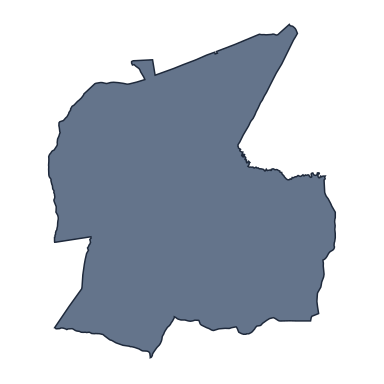 Madarjac, Iasi, Romania (orthographic projection), rotated 178°
{"feature_id": "2599482B56251778080144", "entity_name": "Madarjac", "entity_type": "district", "adm_level": 2, "iso_a3": "ROU", "parent_name": "Romania", "parent_adm1": "Iasi", "projection": "orthographic", "projection_center": [27.286, 47.051], "detail": "fine", "context": "isolated", "style": "filled", "palette": "slate", "viewbox_px": 384, "rotation_deg": 178, "n_neighbors": 0, "source": "geoboundaries", "source_scale": "gbopen_adm2", "svg_char_len": 5886}
<svg xmlns="http://www.w3.org/2000/svg" viewBox="0 0 384 384"><g transform="rotate(178 192 192)"><path d="M334.0,61.2L333.6,61.1L332.9,60.2L332.3,60.0L328.9,60.1L327.7,60.7L325.6,60.5L323.1,59.6L321.9,58.9L320.7,59.5L316.4,59.6L314.6,58.5L313.5,57.7L312.0,57.1L309.3,56.6L307.6,55.7L305.0,55.5L303.7,55.6L302.0,55.2L300.8,55.4L299.3,55.4L297.2,54.1L294.5,53.8L293.4,53.9L289.3,53.6L286.0,52.7L285.6,52.4L284.2,51.1L280.0,47.7L279.0,47.0L277.4,46.5L273.2,43.9L266.3,41.2L260.1,40.1L259.1,39.6L257.6,39.5L254.8,38.7L250.4,37.0L247.8,35.3L246.7,34.9L243.0,34.6L241.5,34.2L240.5,33.5L239.8,32.3L239.4,28.4L239.5,27.9L238.7,28.1L238.2,28.6L237.4,29.9L237.1,31.5L235.7,33.6L232.5,37.8L230.0,40.2L229.0,41.6L227.7,44.3L227.2,46.1L226.8,48.4L226.2,49.6L225.4,50.7L224.3,53.2L223.2,54.9L221.3,57.6L219.3,59.2L218.2,60.5L217.1,62.4L216.4,63.1L215.4,64.7L214.0,67.2L214.0,67.9L212.7,67.2L211.0,65.8L210.2,65.4L207.5,64.5L203.4,64.3L200.3,63.3L198.0,62.9L195.7,63.2L193.6,63.8L189.8,63.5L189.4,62.9L188.5,60.1L188.2,59.6L187.3,58.7L182.1,55.9L179.7,54.9L177.3,53.4L175.8,52.9L175.0,52.9L169.9,54.3L163.6,54.6L159.5,54.3L157.2,55.0L152.7,55.7L152.2,55.2L151.4,53.7L150.8,51.9L150.1,50.2L147.4,48.7L145.4,48.0L142.9,48.0L142.4,48.4L140.2,48.3L137.7,49.5L136.6,50.3L134.1,53.0L133.6,53.9L132.2,55.5L131.5,55.8L128.8,56.1L128.1,56.3L127.3,56.9L126.2,58.2L121.7,61.2L118.9,62.8L115.1,63.6L113.8,63.0L110.0,60.4L108.6,60.0L98.6,59.9L92.0,59.5L78.0,59.0L77.3,62.1L76.6,63.6L69.7,66.1L69.7,66.3L70.5,72.6L70.9,77.1L71.0,78.3L70.4,84.2L70.2,86.1L69.9,87.0L66.6,92.4L66.1,94.5L65.5,97.5L63.4,102.5L62.9,105.3L63.3,111.8L63.4,113.3L63.2,116.4L63.4,117.7L63.5,119.4L61.8,120.2L60.4,121.5L59.3,123.0L57.6,125.9L56.1,127.5L53.2,129.1L52.1,130.3L51.5,132.1L51.8,132.9L51.9,133.7L51.6,136.2L51.1,137.6L50.4,141.4L50.3,145.6L50.6,149.8L50.3,151.5L50.1,153.4L50.3,155.3L50.5,157.3L50.2,159.6L49.7,161.3L49.5,166.8L52.8,173.0L53.8,175.6L56.1,180.4L58.0,183.1L58.9,185.3L59.4,187.0L59.6,199.4L58.9,199.9L58.5,200.6L58.5,201.0L58.9,202.0L58.7,202.7L58.3,203.3L60.8,203.3L61.9,202.6L62.5,202.7L62.8,203.5L63.0,203.5L63.7,201.9L64.5,201.7L65.3,202.5L65.5,203.0L65.5,205.4L64.3,205.6L64.1,206.0L64.3,206.6L65.2,206.8L66.0,206.7L66.5,204.9L67.3,204.4L68.0,204.3L69.2,204.6L69.9,205.2L70.6,206.8L71.3,206.7L72.1,206.3L72.3,205.1L71.8,203.0L72.3,202.6L73.0,202.5L74.1,203.6L74.6,204.8L75.4,205.1L77.3,204.7L78.2,205.1L78.8,204.5L79.6,204.2L80.5,205.3L82.2,204.1L82.8,203.8L83.9,204.0L85.4,204.8L87.1,203.6L88.4,203.6L90.2,202.7L91.4,203.0L91.8,201.9L92.1,201.5L92.4,201.3L93.4,201.7L93.6,201.2L94.9,200.8L95.6,200.9L96.2,201.0L97.3,201.8L99.2,204.0L99.5,204.8L101.4,206.9L101.7,208.4L102.5,208.4L103.1,208.7L103.4,208.9L103.5,209.9L104.9,210.5L106.0,211.3L106.9,211.5L108.3,211.3L109.6,212.2L110.2,212.3L111.0,212.2L112.0,211.8L111.9,211.0L112.1,210.8L112.5,210.8L113.5,211.3L114.4,211.0L115.3,211.1L116.0,210.8L116.3,211.1L117.0,212.2L117.7,211.0L118.0,210.6L118.4,210.5L118.8,210.7L119.5,211.9L120.1,212.2L121.9,212.7L124.0,212.9L125.0,213.8L126.2,213.7L127.1,214.6L128.9,213.8L129.8,214.2L130.2,214.8L131.8,214.7L132.6,214.9L133.6,214.8L134.2,215.0L135.2,215.7L134.0,217.3L133.9,218.3L134.0,218.7L133.1,219.4L134.4,220.8L135.8,219.3L136.3,219.3L136.5,219.7L136.5,220.4L136.7,220.7L136.4,222.0L137.1,222.6L137.5,222.4L137.9,222.7L137.9,223.0L137.2,223.8L137.1,224.4L137.4,225.0L138.2,225.5L139.4,225.3L139.8,225.3L140.1,225.7L140.0,226.2L139.4,226.8L138.3,227.0L138.1,227.4L138.4,227.7L139.6,228.0L140.5,226.5L141.0,226.5L141.1,226.8L139.8,230.1L141.3,230.4L142.6,231.4L142.8,231.7L142.8,232.1L142.4,232.6L142.0,232.8L142.1,233.1L143.1,233.6L144.0,234.3L144.1,235.4L144.5,235.9L144.3,237.8L142.5,240.3L138.8,247.2L133.1,256.1L131.5,259.3L130.6,260.8L128.4,263.4L126.5,266.8L125.1,269.9L122.9,273.8L120.5,278.7L118.5,281.4L116.5,285.2L114.1,288.9L110.4,295.7L103.7,307.8L97.9,316.7L85.2,340.4L83.3,343.2L81.1,346.8L82.4,350.4L83.1,351.7L83.9,352.6L85.6,354.1L87.9,354.7L88.3,355.0L88.9,356.1L98.4,348.2L100.7,346.2L102.3,345.9L104.4,346.8L105.5,347.0L106.3,346.9L106.6,346.7L112.6,346.5L114.5,346.8L116.9,346.8L119.2,347.3L145.0,337.6L162.6,331.6L161.8,329.8L164.0,329.2L164.5,330.9L172.6,328.3L184.2,323.7L196.3,319.6L206.2,316.0L224.8,310.0L226.8,325.5L246.2,325.2L247.8,324.5L247.9,323.0L247.1,321.0L245.4,321.3L243.9,319.8L240.6,317.2L239.8,315.8L239.1,313.8L236.2,308.6L235.2,306.0L243.3,303.8L250.9,302.2L253.0,302.0L256.5,302.9L262.1,303.9L266.5,304.4L269.3,304.3L272.8,303.5L273.8,303.4L278.0,304.5L279.7,304.6L284.2,304.0L285.3,303.6L296.6,293.8L296.7,293.3L297.3,292.3L299.2,289.9L301.4,287.9L303.3,286.5L306.8,283.0L308.9,281.8L310.5,279.1L310.4,278.4L310.5,278.1L312.2,275.8L312.5,274.6L314.3,271.6L315.7,270.4L318.0,267.9L321.4,266.9L321.8,266.7L322.5,265.8L322.7,262.8L322.4,261.1L322.0,256.6L321.7,256.2L321.8,255.6L322.1,255.3L323.1,252.4L324.5,249.6L325.0,246.2L324.9,244.8L325.0,243.8L325.3,243.1L328.3,238.8L330.2,237.9L330.9,237.2L331.6,236.1L332.7,234.9L333.4,233.8L334.0,232.2L333.9,230.6L334.0,227.6L334.4,223.8L334.3,222.1L334.5,219.7L334.5,214.0L334.1,212.2L332.5,209.7L332.4,209.0L332.6,208.3L331.8,204.5L331.3,203.3L331.1,200.2L330.8,199.4L330.0,198.3L329.9,197.6L330.1,196.3L330.0,195.8L329.6,195.1L329.5,194.4L329.5,193.6L329.3,192.5L329.3,191.5L329.7,190.0L330.1,189.5L330.3,188.6L330.1,187.4L328.2,182.0L328.5,178.0L328.7,176.7L327.0,173.4L326.6,171.5L326.6,170.4L326.6,169.5L326.9,168.5L327.3,166.1L327.6,162.5L328.2,160.4L328.3,159.6L328.5,158.8L329.3,157.7L329.5,156.9L329.8,156.1L329.8,154.5L330.4,153.7L330.5,152.1L330.8,151.3L331.0,151.3L331.1,147.3L331.0,146.6L329.9,146.6L294.6,150.8L294.5,149.3L295.7,148.3L295.8,148.0L295.4,146.6L295.2,144.9L295.5,144.6L295.8,143.6L296.5,143.0L297.6,140.7L298.4,139.8L298.1,138.8L297.5,137.5L299.5,134.2L301.0,128.6L302.1,123.6L304.0,112.9L305.2,101.1L305.6,99.1L318.8,82.0L334.0,61.2Z" fill="#64748b" stroke="#1e293b" stroke-width="1.5"/></g></svg>